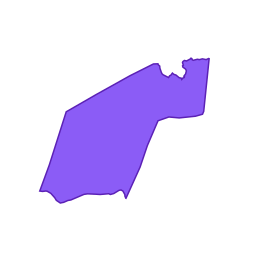 the district of Dilkhil, Dikhil, Djibouti, rotated 23°
{"feature_id": "41766387B9467441741428", "entity_name": "Dilkhil", "entity_type": "district", "adm_level": 2, "iso_a3": "DJI", "parent_name": "Djibouti", "parent_adm1": "Dikhil", "projection": "equal_earth", "projection_center": [42.604, 11.271], "detail": "fine", "context": "isolated", "style": "filled", "palette": "violet", "viewbox_px": 256, "rotation_deg": 23, "n_neighbors": 0, "source": "geoboundaries", "source_scale": "gbopen_adm2", "svg_char_len": 1126}
<svg xmlns="http://www.w3.org/2000/svg" viewBox="0 0 256 256"><g transform="rotate(23 128 128)"><path d="M64.8,137.2L70.0,192.7L71.4,220.5L74.1,219.8L77.0,218.1L78.4,217.8L82.5,218.3L87.8,220.8L90.3,222.6L95.0,223.5L97.6,221.7L97.8,221.6L101.0,218.2L103.5,216.6L113.4,206.3L116.5,204.4L124.3,201.5L128.3,200.1L136.0,196.0L137.7,196.1L140.5,193.9L144.1,188.9L145.8,187.8L147.9,188.0L151.2,190.6L151.6,191.5L151.7,191.8L153.4,193.5L153.6,193.5L154.4,159.2L152.7,136.6L152.8,109.6L161.3,101.9L171.2,98.7L185.5,90.8L191.2,86.2L191.2,83.1L175.6,32.5L175.1,32.5L173.2,34.5L169.4,35.3L167.5,36.8L166.9,37.2L165.0,37.6L161.6,40.2L160.5,40.1L159.7,39.2L158.7,39.1L158.3,40.2L155.7,43.4L153.5,43.8L152.6,45.4L152.6,46.5L154.4,48.6L153.9,49.4L154.7,50.5L158.0,51.3L159.4,52.6L159.9,55.8L159.6,56.8L159.2,58.5L160.0,58.8L160.0,59.6L159.0,60.5L158.5,62.3L157.5,61.3L155.4,61.7L151.5,60.5L149.2,60.7L147.4,60.1L146.8,62.7L145.9,63.7L145.6,65.7L139.6,65.3L138.1,64.8L136.4,63.2L136.1,62.8L134.0,60.5L133.0,58.6L131.2,58.0L130.5,57.2L126.4,59.1L109.4,79.1L85.9,109.3L64.8,137.2Z" fill="#8b5cf6" stroke="#5b21b6" stroke-width="1.5"/></g></svg>